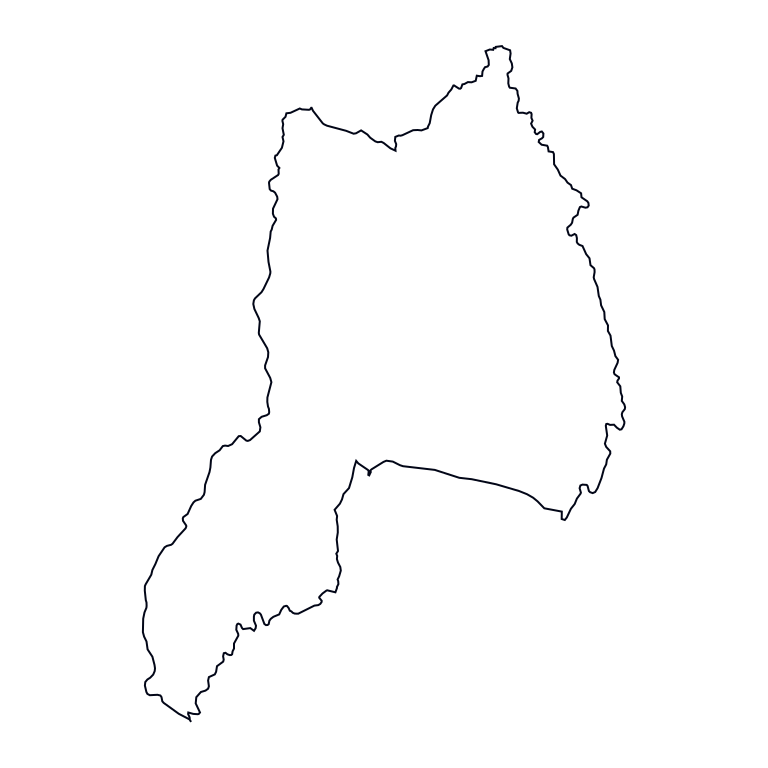 Saraphi, Chiang Mai, Thailand (Robinson projection)
{"feature_id": "78962969B91762901064506", "entity_name": "Saraphi", "entity_type": "district", "adm_level": 2, "iso_a3": "THA", "parent_name": "Thailand", "parent_adm1": "Chiang Mai", "projection": "robinson", "projection_center": [99.016, 18.691], "detail": "fine", "context": "isolated", "style": "outline", "palette": "ink", "viewbox_px": 768, "rotation_deg": 0, "n_neighbors": 0, "source": "geoboundaries", "source_scale": "gbopen_adm2", "svg_char_len": 6081}
<svg xmlns="http://www.w3.org/2000/svg" viewBox="0 0 768 768"><path d="M623.4,426.3L624.3,423.6L624.4,421.8L622.1,416.4L621.8,414.2L622.4,412.2L624.8,409.1L625.1,407.2L624.3,404.4L621.8,400.9L622.2,396.5L620.8,392.8L620.3,386.3L617.2,382.3L617.5,380.6L619.0,378.5L619.0,377.3L614.6,374.3L613.9,372.5L614.3,369.9L617.6,362.8L618.1,359.8L615.4,356.1L614.0,350.6L611.8,346.0L610.5,335.6L607.9,331.0L608.0,325.4L604.7,319.1L604.3,312.0L601.1,305.3L600.4,299.7L598.8,296.0L597.5,286.9L594.1,279.1L593.7,277.3L594.6,272.1L594.5,269.4L594.0,268.2L590.5,265.2L589.5,258.3L586.2,254.2L582.5,246.0L579.3,244.8L577.6,243.4L576.8,241.9L576.9,238.1L576.2,235.1L574.6,234.0L571.4,235.7L569.5,235.3L568.7,234.4L567.2,229.5L567.4,227.6L570.8,224.7L572.1,222.7L572.8,219.0L573.5,217.6L577.6,214.8L578.4,210.7L579.9,207.1L581.3,206.5L585.5,207.7L587.5,207.3L588.7,205.6L588.4,202.9L587.3,201.3L581.5,197.3L581.1,193.3L576.5,190.3L572.2,188.7L571.0,185.1L567.5,182.6L565.1,179.1L560.5,175.6L557.8,169.6L554.1,164.3L553.9,154.0L553.0,152.1L548.6,151.4L547.9,147.1L547.2,145.7L541.6,144.7L538.7,142.0L539.1,139.9L542.0,138.3L543.2,137.0L543.4,133.5L541.8,131.5L540.2,131.9L537.2,134.2L536.1,134.0L534.7,132.2L535.1,129.5L532.4,126.7L531.1,123.6L532.6,120.7L531.4,117.9L531.6,114.1L531.1,112.8L529.2,112.2L526.7,113.7L522.9,112.7L518.6,112.9L518.1,112.5L516.8,108.3L517.7,102.6L518.6,100.9L518.9,98.5L517.6,93.8L517.4,90.9L515.6,88.5L509.8,87.7L509.1,86.6L508.3,83.4L508.5,78.4L507.5,74.8L507.6,73.5L511.2,70.9L512.4,67.3L511.8,63.4L509.8,59.1L510.6,53.5L510.1,50.3L503.4,47.9L502.0,46.1L495.7,46.9L495.5,48.2L493.7,48.0L493.2,49.8L489.8,49.5L485.5,51.2L488.6,60.2L488.8,64.9L487.6,66.5L485.0,67.2L483.7,69.2L482.5,71.5L482.1,75.9L480.0,76.2L476.8,75.7L475.7,80.8L471.6,82.3L467.9,82.1L464.4,84.0L462.4,84.4L461.1,88.0L460.2,88.7L459.0,88.6L454.0,85.4L453.4,85.5L451.3,89.5L448.5,92.7L447.1,95.4L435.3,105.7L433.0,109.4L431.2,115.1L429.7,123.2L428.0,126.6L427.7,128.1L421.5,130.4L417.6,130.0L413.1,130.2L402.4,135.2L400.6,135.7L398.8,135.5L395.3,136.9L394.9,140.9L396.2,144.1L396.0,146.4L395.3,148.0L395.5,150.7L390.4,148.3L383.7,143.0L381.4,141.8L377.7,142.2L375.3,141.4L370.2,137.7L367.4,134.5L361.1,130.4L356.0,133.3L353.6,133.7L346.1,130.8L327.0,125.7L324.2,124.4L322.8,123.4L313.0,110.8L311.6,107.8L311.2,107.8L310.1,109.4L309.0,109.8L301.9,109.4L299.8,108.5L290.5,112.8L286.4,113.3L285.5,116.8L282.6,119.7L282.4,120.9L283.2,124.2L282.5,128.2L283.8,134.8L282.5,137.0L283.5,141.3L281.9,147.8L276.9,155.2L275.4,155.6L274.8,157.9L277.1,165.6L279.4,168.0L278.5,169.5L278.7,173.8L278.1,175.0L270.8,179.8L269.3,181.6L269.0,182.8L269.7,189.1L271.0,190.6L273.4,191.3L275.1,192.7L277.2,196.7L277.5,199.2L273.0,208.7L272.9,213.7L274.0,216.7L275.9,218.4L276.1,219.9L272.6,225.8L271.7,229.6L270.7,231.5L270.1,238.0L267.5,250.6L268.5,261.9L270.4,271.6L270.3,273.3L269.1,277.4L263.5,289.0L261.5,292.2L255.0,298.4L253.9,300.3L253.3,304.0L254.4,309.0L258.7,318.0L259.8,321.3L258.8,332.9L259.1,334.6L267.2,348.3L268.3,352.3L268.0,357.1L265.1,365.4L265.1,368.3L270.2,377.9L271.4,382.2L267.4,397.5L267.3,401.9L268.0,406.5L268.9,408.8L269.2,412.1L268.9,413.7L266.8,415.2L261.6,416.8L258.9,419.2L258.9,422.3L260.4,427.3L259.8,431.4L250.0,440.1L247.8,440.9L246.3,440.6L240.7,436.0L238.7,436.2L232.1,444.2L228.1,446.0L225.0,445.6L222.8,446.1L219.6,450.3L215.2,453.2L212.1,456.5L211.0,459.8L210.4,467.5L209.5,472.1L205.1,484.8L204.6,492.1L203.9,494.8L200.8,498.9L195.4,500.7L193.5,502.4L191.2,506.0L187.6,514.0L183.3,517.1L182.8,518.4L183.0,520.8L186.2,525.5L186.3,526.5L185.6,528.3L177.5,537.1L172.5,543.8L171.1,544.8L166.9,545.9L164.6,547.3L158.6,556.2L155.4,564.0L152.4,570.0L151.3,574.7L145.6,584.4L144.9,586.1L144.8,590.7L145.8,600.1L146.5,602.5L146.6,605.9L146.4,607.8L144.5,612.4L143.2,618.7L142.9,632.2L144.1,636.6L146.5,641.5L147.6,649.4L152.4,656.7L154.5,664.9L155.0,668.3L154.7,671.1L153.2,674.6L150.2,677.7L147.4,679.5L145.3,682.0L144.9,685.6L146.4,692.0L147.4,693.9L149.8,695.2L157.4,694.8L160.4,695.5L161.5,697.1L162.3,701.3L163.7,702.9L178.8,713.8L189.5,719.4L191.1,721.9L189.8,719.9L189.6,717.3L188.1,714.0L188.3,712.5L193.2,713.9L197.7,714.2L198.7,714.0L200.0,712.5L195.7,703.4L196.3,697.2L200.9,692.0L205.5,690.6L208.1,688.7L208.9,686.3L208.1,680.5L208.9,677.1L214.8,674.4L216.1,671.8L217.0,666.2L223.2,661.6L223.7,659.6L223.1,656.3L223.8,653.2L225.5,652.8L227.4,654.3L229.8,655.1L231.2,655.0L232.1,654.3L232.6,651.3L234.0,648.6L234.0,643.5L238.3,635.7L238.2,633.9L236.3,629.8L236.6,625.5L237.4,624.0L238.3,623.6L240.5,624.6L242.0,628.0L243.1,629.1L250.3,628.1L254.0,630.8L255.6,628.3L256.0,625.7L253.9,620.7L253.9,616.6L254.3,614.6L256.1,612.7L258.0,612.4L259.8,613.3L260.9,614.6L264.4,624.0L266.0,625.1L267.6,625.0L268.7,624.1L269.4,620.7L270.8,618.8L273.4,616.8L279.2,614.4L281.3,609.8L283.8,606.5L286.2,605.8L287.0,606.0L288.7,608.1L289.8,610.7L291.4,611.4L292.8,612.8L294.8,613.6L298.2,613.7L314.4,605.6L318.3,605.1L320.3,603.9L321.6,602.0L321.7,600.8L319.2,597.7L319.4,596.8L322.5,593.5L326.4,590.6L327.2,590.3L335.4,592.3L337.0,587.9L336.9,587.1L338.4,584.1L338.2,581.2L337.6,579.5L339.1,576.4L340.8,570.6L340.3,567.0L338.0,562.6L336.9,559.0L337.2,555.9L336.3,553.7L338.0,551.0L336.7,539.5L337.8,532.5L337.7,526.3L336.7,519.8L337.1,516.0L334.6,509.8L339.9,503.7L342.0,499.4L343.5,494.1L349.0,488.1L352.3,477.3L354.0,468.1L356.2,460.9L358.3,463.4L368.0,470.0L368.7,471.4L368.3,474.9L369.2,475.4L370.8,472.0L370.3,470.5L371.6,469.3L383.5,461.9L386.4,460.7L392.8,461.6L400.0,465.2L403.0,466.2L434.8,469.9L459.3,477.8L471.7,479.2L496.2,484.3L519.0,491.0L527.0,494.2L533.1,497.7L537.6,501.4L544.3,508.3L561.8,511.6L561.7,519.0L564.8,520.0L566.8,517.5L570.9,508.8L574.7,504.0L576.9,498.6L580.6,493.6L580.9,492.6L579.6,488.2L580.4,485.5L582.5,484.6L586.7,484.9L587.6,486.0L588.9,491.0L590.1,492.2L592.7,493.1L595.2,492.0L597.6,488.1L601.5,478.0L604.0,468.6L606.2,464.4L606.9,459.7L610.3,453.6L610.2,451.3L606.2,446.9L604.9,443.7L607.2,435.5L605.8,425.8L606.3,424.0L607.5,423.8L610.1,424.9L614.0,424.7L616.9,427.7L619.8,429.7L621.5,429.3L623.4,426.3Z" fill="none" stroke="#020617" stroke-width="2"/></svg>